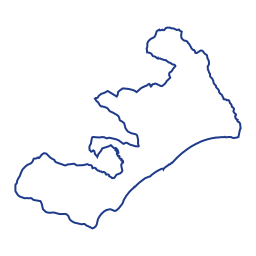 outline of Suai, Cova Lima, East Timor
{"feature_id": "22284137B60263836524270", "entity_name": "Suai", "entity_type": "district", "adm_level": 2, "iso_a3": "TLS", "parent_name": "East Timor", "parent_adm1": "Cova Lima", "projection": "albers", "projection_center": [125.311, -9.25], "detail": "fine", "context": "isolated", "style": "outline", "palette": "blue", "viewbox_px": 256, "rotation_deg": 0, "n_neighbors": 0, "source": "geoboundaries", "source_scale": "gbopen_adm2", "svg_char_len": 5827}
<svg xmlns="http://www.w3.org/2000/svg" viewBox="0 0 256 256"><path d="M159.1,29.8L157.3,30.8L156.7,31.3L155.7,34.6L154.5,37.0L150.8,38.9L149.2,40.3L148.1,41.6L147.3,43.4L147.4,46.0L147.1,47.5L146.6,48.7L147.0,50.2L147.1,52.4L149.2,52.7L150.5,53.2L151.6,54.0L152.6,55.8L153.0,56.1L155.5,56.8L156.9,58.2L157.6,58.3L157.9,58.0L158.1,58.6L158.3,58.7L160.0,58.4L160.7,58.8L164.5,60.1L165.9,60.1L166.7,61.0L167.7,61.5L168.4,62.3L170.5,62.9L171.5,63.8L172.9,64.5L174.6,64.8L175.4,65.9L175.4,66.2L173.5,68.3L171.5,71.4L169.7,72.5L169.5,72.8L169.2,73.8L169.1,75.0L170.2,77.6L170.1,77.9L166.6,81.2L166.1,82.3L164.8,83.9L162.0,86.1L160.8,86.0L156.0,83.7L155.1,83.6L154.1,84.1L153.1,84.1L152.6,84.3L152.1,84.7L151.3,86.4L150.7,86.5L150.3,85.2L149.3,83.9L148.5,84.2L146.5,85.7L144.5,86.3L143.6,87.0L142.7,87.2L140.7,88.4L137.3,91.6L136.5,92.1L135.4,91.1L134.9,91.0L134.0,90.4L131.3,89.6L128.3,88.9L123.0,88.4L122.5,88.5L122.1,89.0L120.7,89.7L118.3,91.8L118.0,92.6L117.7,94.7L116.7,96.5L107.7,91.0L104.9,92.6L101.0,94.0L98.8,95.8L97.7,97.6L96.9,98.0L95.8,98.0L94.9,98.7L96.4,100.9L98.3,102.6L99.7,105.0L100.8,106.2L101.5,106.5L102.2,106.3L103.4,106.8L104.6,107.0L106.7,107.8L107.9,108.7L109.3,110.7L110.1,111.4L112.9,112.6L117.2,115.1L118.4,116.1L119.2,117.7L119.6,119.7L119.9,120.2L120.3,120.6L121.6,121.2L124.1,123.1L125.5,128.2L127.2,130.7L127.9,131.5L131.2,133.2L135.9,134.3L137.1,135.4L137.8,138.3L138.2,141.2L138.0,142.1L138.0,143.5L138.7,145.9L138.7,146.2L138.2,146.4L135.5,146.3L132.8,145.4L130.6,144.9L126.8,142.8L125.2,142.9L124.3,143.6L123.3,143.8L118.9,140.5L117.0,139.6L115.4,139.1L109.2,137.7L106.9,138.4L104.6,137.4L102.4,137.0L100.4,137.4L97.7,137.4L93.2,137.0L92.4,137.2L91.9,138.0L90.9,143.6L89.5,146.3L89.4,147.9L89.6,149.9L90.5,150.8L91.0,151.6L91.4,151.7L92.5,151.1L93.0,150.5L93.3,150.4L94.1,150.9L94.7,152.4L94.9,153.9L95.9,155.2L96.9,156.0L97.3,156.9L97.7,156.1L98.2,154.4L100.7,151.2L101.8,149.4L102.1,148.5L102.5,148.3L108.8,146.3L110.9,145.2L111.2,145.3L111.7,146.1L112.3,146.5L114.1,148.3L114.6,148.4L115.6,147.9L116.4,148.5L116.7,148.8L116.5,149.1L115.6,149.8L115.5,150.1L116.1,150.3L117.2,150.0L117.6,150.1L117.8,150.3L117.5,150.8L116.5,151.0L116.5,151.4L116.7,151.7L117.9,151.6L118.2,151.7L118.4,152.5L118.4,152.9L116.9,153.5L116.9,154.0L117.5,154.5L117.6,155.5L118.4,156.3L119.2,156.0L119.5,156.3L119.2,156.7L119.5,158.2L119.7,158.5L120.8,158.6L121.4,158.9L121.2,160.2L121.4,160.5L122.4,160.3L123.0,161.1L123.2,162.1L123.0,162.6L122.7,162.7L122.7,162.1L122.4,162.1L122.3,163.0L121.2,164.7L121.6,167.5L122.4,170.7L121.9,171.6L121.1,172.6L120.0,173.4L116.4,174.8L114.4,177.8L114.1,177.7L113.6,178.0L112.1,178.2L111.5,177.4L109.6,176.5L109.2,176.2L109.2,175.5L108.9,174.9L107.8,174.4L106.3,174.6L105.9,174.4L105.7,173.3L104.1,172.0L103.8,171.9L102.3,172.3L101.1,171.4L100.6,171.5L99.8,171.4L99.0,170.7L97.9,170.6L96.0,169.0L96.0,168.5L94.8,167.8L93.7,167.8L92.7,168.3L92.3,167.9L92.1,166.8L91.7,165.7L91.0,165.2L89.0,165.0L87.5,164.2L87.2,164.1L85.0,164.8L82.3,165.2L77.3,165.4L76.3,165.2L74.9,164.1L73.7,163.7L69.9,164.3L68.1,164.3L65.6,165.4L64.9,165.4L55.9,162.2L55.0,161.3L54.5,160.1L50.5,157.8L46.3,153.6L44.1,153.2L42.4,154.1L41.3,155.2L39.3,157.9L38.7,158.0L38.2,157.5L37.8,157.5L37.4,157.6L36.6,158.4L33.7,158.7L32.6,161.5L31.0,163.3L27.2,165.0L25.2,166.7L22.6,169.4L21.0,172.7L19.7,176.3L18.5,178.0L17.2,180.7L16.7,183.4L15.6,184.4L15.4,185.2L15.4,190.7L15.8,191.8L17.8,194.9L18.6,195.7L20.0,196.6L24.4,198.2L27.7,198.1L29.0,198.3L31.0,198.1L31.6,198.3L32.8,199.4L33.8,200.0L40.4,201.1L40.9,201.8L41.9,204.4L42.9,209.1L43.8,210.0L45.9,211.9L47.5,212.5L49.9,212.8L52.9,212.5L54.8,212.7L58.9,213.9L60.9,214.1L65.0,213.9L66.1,214.1L67.5,215.1L68.3,215.9L69.6,219.0L70.2,219.8L71.1,220.7L73.2,222.0L74.4,222.6L81.5,224.3L83.3,224.0L84.6,224.0L86.2,225.4L87.7,226.0L92.5,228.4L94.3,227.6L96.1,225.8L96.8,224.2L97.9,219.4L99.0,217.2L101.0,214.3L103.5,211.9L106.0,210.2L109.4,209.3L110.5,209.3L111.5,209.6L114.7,211.0L115.6,210.8L116.6,210.2L118.8,208.3L122.2,203.9L123.0,202.5L123.4,201.0L124.4,198.8L125.2,197.8L126.0,196.2L129.5,191.7L131.9,189.3L133.7,187.9L133.8,187.3L134.7,186.6L135.2,186.7L136.7,185.0L139.7,182.3L145.0,178.3L148.9,176.7L150.2,176.4L151.5,175.0L154.5,172.8L156.9,171.2L160.7,169.2L161.7,168.8L162.7,168.7L163.4,168.8L163.5,169.2L163.9,168.5L164.5,167.9L167.0,166.0L168.6,165.1L168.7,164.5L169.8,164.4L170.7,163.8L171.5,162.8L172.2,162.8L177.3,157.4L181.8,153.3L186.7,149.6L191.2,146.5L195.8,144.0L201.7,141.2L207.5,139.3L212.1,138.2L214.7,137.8L216.1,137.5L217.9,137.5L221.5,137.1L223.8,137.1L224.8,136.8L225.5,137.3L229.1,137.0L231.2,137.1L232.4,137.8L233.9,138.0L235.0,137.8L235.9,137.8L238.4,137.0L240.0,129.3L240.5,128.9L240.6,128.4L240.1,123.8L239.2,122.2L238.0,121.7L237.4,121.0L237.2,120.4L237.6,119.8L236.1,118.9L235.5,118.0L235.1,116.3L235.8,115.5L236.0,114.5L234.8,113.4L233.7,112.0L233.4,111.1L233.9,109.7L234.0,108.7L232.6,107.1L231.9,106.8L231.4,104.7L230.7,103.7L230.0,103.2L229.3,101.0L228.8,100.3L228.4,100.1L227.2,100.3L225.9,99.5L223.9,99.3L223.5,99.0L223.3,97.6L222.5,96.5L222.1,95.3L221.7,94.7L220.2,93.7L219.1,92.1L218.9,90.5L218.2,89.3L216.2,87.4L216.0,85.9L213.8,83.4L213.3,81.1L212.3,78.7L210.3,76.7L210.1,76.2L210.0,73.9L209.0,72.4L208.5,70.6L207.8,69.3L207.9,68.2L207.6,66.5L208.9,64.6L209.0,62.6L208.6,60.3L207.4,58.2L207.1,55.8L206.6,54.9L204.6,53.6L202.9,51.2L202.3,50.8L201.4,50.5L200.5,50.6L197.1,52.8L196.3,53.1L195.4,52.9L194.5,50.4L194.0,50.0L193.0,49.9L192.0,49.0L191.4,48.1L189.7,44.9L188.9,43.7L188.0,43.0L187.5,41.9L187.0,41.4L185.9,40.8L184.2,40.6L183.0,39.7L181.6,38.2L181.2,36.4L181.2,34.7L181.7,31.6L179.7,30.6L179.4,30.4L179.1,29.6L178.3,29.6L176.8,30.0L173.5,28.4L171.5,28.4L170.0,27.6L169.3,27.7L167.1,27.6L165.7,28.2L164.2,30.1L163.0,30.2L162.3,29.7L160.0,30.4L159.2,30.2L159.1,29.8Z" fill="none" stroke="#1e3a8a" stroke-width="2"/></svg>